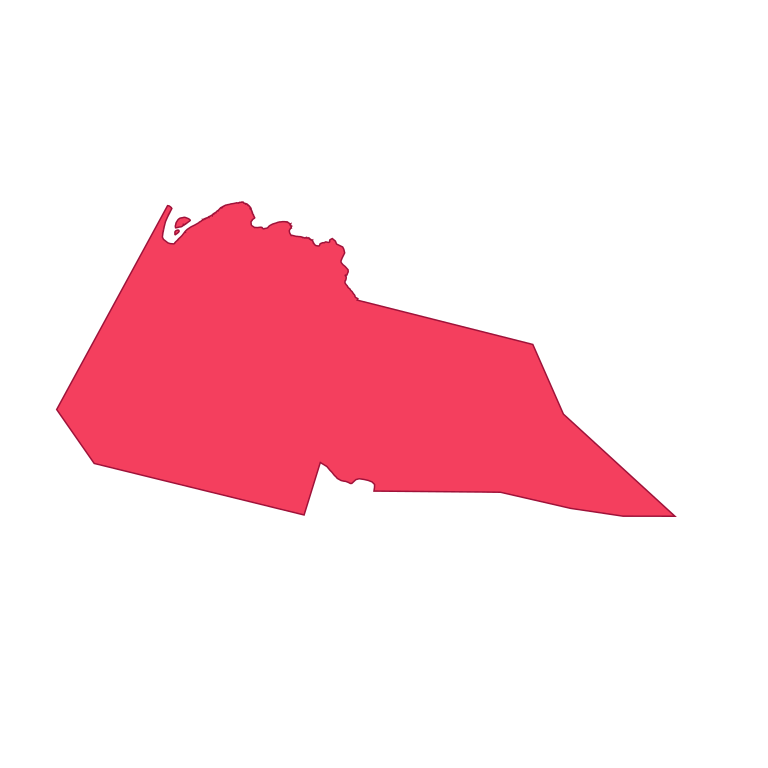 Mappi, Papua, Indonesia, rotated 103°
{"feature_id": "22746128B63262525003276", "entity_name": "Mappi", "entity_type": "district", "adm_level": 2, "iso_a3": "IDN", "parent_name": "Indonesia", "parent_adm1": "Papua", "projection": "equal_earth", "projection_center": [138.756, -6.247], "detail": "fine", "context": "isolated", "style": "filled", "palette": "rose", "viewbox_px": 768, "rotation_deg": 103, "n_neighbors": 0, "source": "geoboundaries", "source_scale": "gbopen_adm2", "svg_char_len": 5908}
<svg xmlns="http://www.w3.org/2000/svg" viewBox="0 0 768 768"><g transform="rotate(103 384 384)"><path d="M253.9,467.1L255.6,469.1L256.5,469.2L257.6,468.9L257.9,469.0L258.4,469.5L258.6,470.5L258.6,472.1L258.7,472.9L259.1,473.4L259.6,473.8L259.8,474.0L260.0,475.1L260.4,476.1L261.1,476.7L261.1,477.0L261.4,477.4L262.0,477.9L263.1,477.9L263.9,478.2L264.3,479.0L264.4,480.4L264.4,481.7L264.1,482.5L263.8,482.7L263.5,483.4L263.3,483.5L263.0,483.7L262.8,484.0L262.7,484.4L262.3,484.4L262.1,484.7L261.7,484.9L261.4,485.3L260.9,485.4L260.7,485.7L260.4,485.9L260.3,486.3L260.1,486.1L259.9,486.1L260.2,486.5L259.9,486.8L260.0,487.2L259.8,487.5L259.9,487.9L259.8,488.0L259.6,488.0L259.4,488.3L259.6,488.8L259.2,489.1L259.3,489.4L258.6,489.8L258.7,490.3L258.5,491.0L258.9,491.3L259.1,491.7L259.0,492.4L259.1,492.8L258.8,492.9L258.9,493.0L259.4,493.6L259.6,494.2L259.4,494.7L259.5,495.3L259.4,495.6L259.6,496.0L259.4,496.2L259.5,496.4L259.3,496.6L259.4,497.3L259.2,497.8L259.3,498.9L259.6,500.6L259.7,502.1L259.9,502.4L259.9,502.9L259.8,506.7L259.9,507.8L260.1,507.9L258.2,509.8L256.5,510.6L255.7,510.8L253.5,510.1L252.9,509.4L252.7,509.6L251.6,509.7L251.5,509.9L251.2,509.8L251.1,510.1L250.9,510.1L250.8,509.9L250.7,510.2L250.6,510.5L250.0,510.8L250.0,511.1L249.8,511.0L249.5,511.1L249.0,511.0L249.3,511.4L249.3,511.5L249.1,511.6L248.9,512.1L249.0,512.2L248.6,512.7L248.6,512.8L248.2,513.9L248.2,514.4L247.9,514.5L248.1,514.9L247.9,515.1L248.0,515.7L247.9,516.0L248.1,516.2L248.2,517.6L248.3,517.9L248.6,519.3L249.4,521.4L249.4,521.8L250.4,523.9L251.3,525.2L252.6,527.5L253.2,528.5L255.1,530.7L256.3,531.7L257.8,532.4L258.6,533.4L259.4,535.4L259.9,536.0L259.8,537.0L259.2,537.6L259.1,538.5L258.9,538.5L258.9,539.2L259.4,540.7L259.5,540.9L259.5,541.1L259.9,541.9L260.0,542.3L260.1,542.7L260.4,544.6L260.7,545.0L259.5,548.3L258.8,549.1L255.9,550.1L254.0,549.2L253.6,549.3L251.4,547.4L251.0,547.4L249.6,548.7L248.9,549.0L248.8,549.3L248.4,549.4L247.9,550.0L247.5,550.3L247.4,550.6L246.9,550.8L246.7,550.7L246.4,551.0L246.0,551.1L245.1,551.9L244.6,552.0L244.2,552.6L243.6,552.8L243.6,553.0L243.3,552.8L243.1,552.9L242.9,553.4L242.5,553.5L242.6,553.8L242.2,553.7L242.1,554.0L241.6,554.3L241.4,554.9L240.9,555.2L240.8,555.8L240.5,556.1L240.6,556.5L240.1,556.8L240.2,557.0L239.7,557.5L239.8,557.7L239.6,557.9L239.6,558.1L239.4,558.3L239.5,558.5L239.3,559.2L239.8,559.5L239.3,560.2L239.3,560.4L239.2,560.8L239.2,561.5L238.6,561.9L238.6,562.2L238.4,562.5L238.8,563.0L238.9,563.3L238.8,563.7L239.0,563.8L239.1,564.0L239.3,564.4L239.3,564.9L239.5,565.3L239.5,565.5L239.8,565.6L239.8,565.9L240.0,566.1L240.1,566.4L240.6,566.8L240.5,567.2L240.6,568.4L240.9,568.7L241.2,569.6L241.7,570.5L243.1,574.0L243.7,574.9L244.4,576.6L245.2,578.1L245.2,578.3L246.1,579.5L246.8,580.0L247.1,580.4L247.0,580.6L247.9,581.1L247.7,581.2L247.7,581.3L248.1,581.7L248.3,582.0L248.5,582.2L248.8,582.2L248.9,581.8L249.0,581.8L249.0,582.0L249.0,582.8L252.0,584.5L252.5,584.6L252.4,584.8L252.5,585.1L253.1,585.6L254.7,586.5L255.0,586.5L254.9,586.9L255.0,587.0L256.0,588.0L256.3,588.0L256.2,588.2L256.4,588.4L256.5,588.1L256.5,588.3L257.2,588.6L257.8,589.3L258.0,589.4L258.5,589.3L258.3,589.7L258.3,589.9L259.5,591.0L260.0,591.8L260.5,591.9L261.0,592.0L260.7,592.6L261.1,592.8L261.2,593.0L261.6,593.2L261.7,593.4L262.0,593.7L262.2,594.1L262.1,594.4L262.6,595.0L262.7,594.8L262.9,594.9L262.9,595.1L263.3,595.4L263.3,595.8L263.6,595.8L263.6,596.4L264.3,597.1L264.5,597.1L264.5,597.3L264.6,597.2L264.7,597.5L265.2,597.8L265.3,598.0L266.9,599.2L267.1,599.6L268.0,600.5L268.5,600.7L271.7,604.2L274.3,607.4L277.6,610.5L279.6,611.8L280.8,612.4L281.0,612.1L281.1,612.5L284.8,614.2L287.2,615.7L288.0,616.3L289.1,617.0L289.9,617.4L290.0,617.3L292.4,619.0L293.3,619.5L293.4,619.4L294.3,619.8L294.8,620.5L295.3,624.1L295.1,626.3L292.7,631.4L290.7,633.0L286.4,633.4L286.4,633.5L286.1,633.4L284.6,633.5L284.6,633.4L283.0,633.5L282.9,633.6L282.8,633.8L282.8,633.6L282.6,633.5L280.9,633.5L280.7,633.6L278.7,633.5L277.4,633.5L277.2,633.6L277.3,633.9L277.2,633.5L274.8,633.4L269.5,632.4L268.2,632.0L267.8,632.0L267.7,632.1L267.5,631.9L266.1,631.5L265.9,631.7L265.3,631.3L264.4,631.2L264.2,631.0L263.9,631.0L263.5,630.9L260.8,630.2L260.6,630.6L260.0,630.8L259.2,632.4L258.8,633.5L258.9,635.0L482.5,697.2L526.6,648.5L529.6,432.4L474.8,428.4L477.3,421.0L480.1,417.4L481.7,414.9L484.2,411.8L485.4,409.7L486.5,408.3L487.7,404.1L487.7,401.1L487.5,399.5L487.9,396.6L488.5,394.4L488.1,393.0L483.5,389.9L481.9,386.9L481.5,381.9L481.5,377.6L482.1,373.6L484.0,370.6L486.8,370.0L490.6,369.7L466.6,261.5L466.6,261.4L463.3,246.3L463.2,174.1L459.0,121.3L447.4,70.8L394.3,164.7L394.3,164.9L394.2,164.9L373.0,202.4L312.0,247.9L308.3,429.0L306.8,428.6L306.4,429.7L306.2,430.8L305.8,431.5L304.9,432.2L304.3,432.3L303.5,433.2L303.0,434.0L301.2,435.8L300.2,437.6L299.1,438.5L298.0,440.8L297.6,440.9L297.3,441.4L296.4,442.1L296.2,442.6L295.4,443.6L294.2,444.8L292.2,445.1L291.3,444.6L289.8,444.6L288.1,444.9L287.6,445.6L287.0,446.2L286.6,446.1L286.6,445.3L286.1,444.6L284.7,444.5L282.8,444.1L280.8,444.7L278.3,448.2L276.9,451.0L275.3,453.0L273.9,453.6L270.6,453.1L265.1,451.8L261.7,453.5L259.8,455.1L258.3,461.7L255.7,463.5L253.9,467.1ZM268.9,610.0L268.2,609.6L267.7,609.9L267.4,610.5L267.1,611.1L266.8,612.2L266.4,615.1L266.5,616.2L267.6,618.4L267.6,618.6L268.3,620.1L269.4,621.1L270.3,621.7L273.4,622.8L274.4,622.9L274.5,622.8L277.0,622.9L277.9,622.6L278.7,622.2L278.7,621.9L278.0,620.6L277.9,620.2L277.2,619.0L276.7,617.6L276.2,616.6L275.7,616.1L274.7,615.4L274.6,615.1L274.3,615.2L274.4,614.9L273.8,614.3L273.6,614.5L273.6,614.3L273.2,614.2L273.3,614.2L273.6,614.2L272.8,613.3L272.6,613.3L272.6,613.1L271.9,612.7L271.6,612.3L270.0,611.0L268.9,610.0ZM283.1,621.9L285.4,621.3L285.5,620.9L283.7,619.3L282.7,618.6L282.5,618.4L281.4,618.0L281.0,618.1L280.4,618.5L280.3,619.4L280.5,619.6L280.8,620.4L281.4,621.2L282.3,621.8L283.1,621.9Z" fill="#f43f5e" stroke="#9f1239" stroke-width="1.5"/></g></svg>